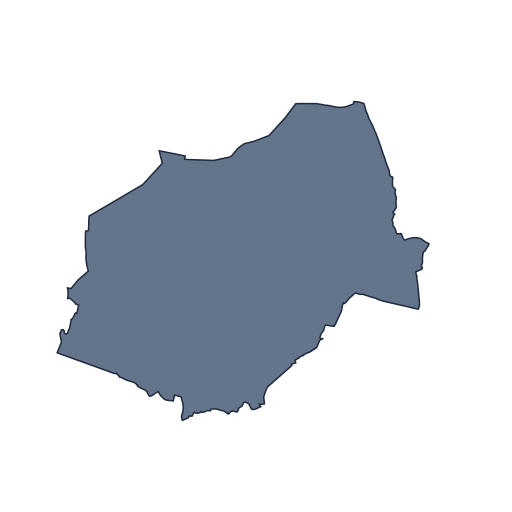 Sapphaya, Chai Nat, Thailand, rotated 289°
{"feature_id": "78962969B57770947463323", "entity_name": "Sapphaya", "entity_type": "district", "adm_level": 2, "iso_a3": "THA", "parent_name": "Thailand", "parent_adm1": "Chai Nat", "projection": "mercator", "projection_center": [100.242, 15.145], "detail": "fine", "context": "isolated", "style": "filled", "palette": "slate", "viewbox_px": 512, "rotation_deg": 289, "n_neighbors": 0, "source": "geoboundaries", "source_scale": "gbopen_adm2", "svg_char_len": 5942}
<svg xmlns="http://www.w3.org/2000/svg" viewBox="0 0 512 512"><g transform="rotate(289 256 256)"><path d="M435.4,308.2L435.2,304.5L434.9,302.1L434.7,301.2L433.8,298.3L433.7,298.1L431.9,298.6L431.5,298.5L431.2,298.4L431.1,298.2L429.8,296.6L427.4,293.7L426.5,292.4L425.6,291.0L424.8,289.4L423.9,287.0L423.2,284.7L422.9,283.2L421.7,274.0L421.5,273.9L421.3,273.7L420.5,267.8L420.0,265.1L419.8,263.8L419.2,261.9L414.3,247.5L412.9,244.0L396.5,238.7L377.4,230.5L374.1,229.0L363.4,216.3L358.5,208.5L355.0,205.9L352.3,204.0L343.2,200.5L341.0,198.9L332.9,185.4L332.3,184.0L331.4,180.9L324.6,158.8L324.2,157.0L327.5,156.6L324.0,130.2L313.1,137.2L286.7,125.7L239.4,85.2L236.8,85.9L225.6,89.3L225.2,89.1L224.9,88.6L224.4,87.2L224.2,86.9L223.8,86.8L218.6,88.4L215.3,89.6L210.0,91.3L207.6,92.3L205.9,93.3L204.1,94.2L200.0,95.4L197.2,96.5L191.9,99.2L187.1,102.3L175.8,95.8L173.8,95.0L169.2,93.2L166.3,92.2L165.1,91.9L164.9,91.4L164.8,90.7L164.5,88.1L164.4,88.0L163.9,88.5L163.4,88.9L160.1,90.2L157.1,91.2L154.5,91.7L155.2,93.4L155.4,94.1L155.0,95.1L153.2,99.1L152.2,101.3L151.9,101.2L151.8,104.3L148.4,104.7L144.7,105.2L143.7,105.3L143.5,105.2L143.3,105.0L143.3,103.8L141.4,103.5L140.2,103.4L138.8,103.2L137.6,102.9L136.6,102.5L136.1,102.2L135.5,101.8L135.3,102.1L127.1,103.2L125.9,103.1L124.7,102.8L123.8,103.0L123.3,103.0L122.6,103.0L120.8,102.6L120.4,101.1L120.5,100.5L120.7,100.1L121.1,99.8L123.1,98.7L123.3,98.4L123.4,98.1L123.5,97.7L123.3,96.7L122.9,96.0L121.1,96.2L120.2,96.0L119.4,95.7L119.0,95.8L116.4,97.1L111.4,100.1L99.8,99.5L99.7,99.8L98.8,160.0L98.9,160.8L99.3,162.0L99.7,162.9L98.7,163.6L98.6,164.1L98.5,164.4L97.1,166.6L97.0,166.8L97.1,167.1L97.3,167.4L96.9,171.3L96.6,172.9L96.5,173.8L96.7,177.8L96.6,178.8L96.8,180.6L96.7,181.4L96.5,182.9L95.9,184.6L95.6,185.2L95.3,186.0L95.2,186.0L94.9,185.9L94.6,186.0L93.8,188.4L93.7,189.8L93.2,193.2L93.3,194.0L93.0,194.8L92.4,196.9L91.9,197.5L90.9,198.1L90.1,199.0L89.8,199.6L89.1,200.4L88.7,201.0L89.6,202.4L90.2,203.1L91.0,203.6L91.8,204.5L93.5,205.3L95.0,206.9L95.9,207.8L94.8,208.9L93.6,210.4L92.9,211.4L91.0,215.3L90.8,216.2L90.6,217.1L90.5,217.7L90.6,218.3L91.3,221.8L92.1,225.0L98.0,224.3L98.4,231.1L95.3,233.0L93.8,234.2L92.0,235.3L89.4,236.4L87.6,236.9L85.4,237.4L82.9,237.6L80.1,237.7L76.6,239.8L76.9,240.4L78.1,241.6L79.9,243.4L80.6,244.4L81.0,244.6L81.9,244.7L82.8,244.9L83.1,245.1L83.3,246.2L83.6,247.3L83.8,247.7L88.2,248.5L87.9,250.5L88.0,251.3L89.6,254.0L90.1,254.4L90.8,254.7L90.7,255.4L90.7,255.7L91.0,256.6L91.6,257.7L91.8,258.1L92.0,258.3L92.9,259.1L93.8,259.9L93.9,260.1L94.8,263.3L95.1,263.4L96.3,263.1L96.5,263.2L97.3,265.0L98.6,268.7L98.6,269.0L98.5,273.2L99.1,276.0L99.0,276.4L97.6,280.8L97.5,281.1L98.4,281.3L98.4,281.9L99.1,282.0L100.0,282.4L100.6,282.8L101.1,283.4L101.8,284.5L102.1,285.4L102.2,288.3L102.3,288.6L102.4,288.9L102.7,289.1L103.3,289.2L104.2,289.3L105.9,289.3L106.6,289.4L107.3,289.8L109.2,291.4L109.5,291.6L110.0,291.7L112.5,292.0L113.2,292.1L113.8,292.4L114.2,292.9L114.4,293.4L114.4,294.0L114.0,296.3L113.8,297.2L113.4,297.8L112.2,299.1L109.9,301.2L109.8,301.6L109.8,302.5L109.9,303.5L110.1,303.9L110.7,304.8L112.3,306.7L114.8,309.2L115.0,309.5L115.3,308.7L117.0,307.4L117.0,308.4L117.0,308.7L118.2,310.6L118.6,311.6L118.9,312.1L120.9,311.3L124.7,309.4L125.6,309.2L127.8,309.1L133.4,309.2L134.6,309.3L136.7,309.9L139.2,311.4L164.0,325.5L165.4,324.9L167.9,328.4L170.1,326.7L173.4,329.7L173.8,329.3L177.8,333.4L178.1,333.1L182.1,337.2L182.0,337.4L184.2,339.5L184.5,339.2L186.6,341.3L186.9,341.0L189.0,343.1L197.0,343.7L199.5,346.0L199.6,345.7L198.9,344.5L199.7,342.8L204.3,343.1L204.8,343.2L207.0,344.0L207.7,344.2L210.3,343.9L211.5,343.9L212.7,344.1L213.2,344.2L213.4,344.4L213.6,344.9L214.4,350.6L214.8,352.1L215.1,352.8L217.6,353.3L218.4,353.4L219.9,353.5L231.4,354.7L237.7,353.8L238.3,353.8L240.0,353.8L239.6,354.5L239.7,354.8L240.2,355.3L241.0,355.8L243.3,356.8L244.1,357.0L246.1,357.9L249.1,359.5L252.9,361.6L253.3,362.0L253.5,362.2L253.5,362.7L253.5,365.7L253.9,367.7L254.6,369.4L254.6,369.8L254.7,377.7L255.0,383.2L255.0,384.7L254.7,384.7L254.7,390.4L258.5,426.8L262.9,426.6L267.3,424.8L282.2,418.0L286.7,415.6L287.7,415.0L288.0,414.9L288.7,415.0L289.0,415.0L289.2,414.8L290.1,413.9L290.4,413.7L292.9,412.4L293.0,412.3L293.3,412.4L295.2,414.7L296.4,416.0L297.1,416.7L297.5,417.0L297.8,417.1L298.2,417.2L298.9,417.1L299.3,416.9L299.5,416.7L299.9,415.9L300.4,415.6L301.1,415.6L302.8,415.7L303.5,415.7L304.4,415.4L308.1,414.1L310.5,413.5L314.3,412.9L314.5,413.0L315.0,413.7L315.5,414.0L315.9,414.2L316.4,414.3L318.0,414.6L321.4,415.5L323.9,415.6L324.2,413.5L324.5,411.5L325.6,407.8L325.9,406.8L326.0,405.8L326.0,404.8L325.7,402.5L325.5,401.5L325.1,400.1L324.1,398.0L323.4,396.7L321.5,393.9L319.3,391.2L320.8,389.2L322.0,388.1L322.6,387.6L323.9,386.7L324.2,386.5L324.3,386.3L324.4,386.0L324.4,385.6L323.7,384.7L323.4,383.3L323.0,382.3L323.0,382.0L323.1,381.7L323.4,381.1L324.0,380.7L325.1,380.3L326.3,379.1L327.2,378.5L327.8,378.0L328.1,377.7L329.2,375.8L329.4,375.6L329.8,375.3L330.5,375.0L331.6,374.8L332.2,374.5L332.8,374.1L333.4,373.6L334.1,373.1L334.7,372.9L335.0,372.8L337.2,373.2L339.4,373.0L339.6,373.0L340.5,373.5L340.8,373.5L340.9,373.4L341.1,372.6L341.2,372.2L341.5,371.7L341.8,371.4L342.2,371.2L342.7,371.4L344.3,372.2L344.7,372.3L345.9,372.5L346.7,372.8L348.3,372.6L348.9,372.4L350.9,371.3L357.4,369.5L357.8,369.2L358.7,368.0L359.0,367.8L360.0,367.7L360.4,367.5L360.6,367.4L360.9,366.9L361.2,366.8L363.6,366.3L364.0,366.1L364.2,366.3L364.3,366.3L365.6,363.7L366.2,362.5L366.3,362.3L367.9,361.9L369.9,361.1L371.6,360.6L373.4,360.1L375.0,359.6L375.1,359.4L375.0,358.2L375.0,357.7L375.5,357.0L376.4,356.0L377.0,355.6L379.0,354.7L380.2,354.0L382.7,352.0L383.5,351.1L384.7,350.2L386.6,348.6L388.7,347.1L390.1,346.1L393.6,343.2L398.0,339.9L405.1,334.3L405.9,333.6L411.4,329.2L411.9,328.7L412.4,328.0L414.1,326.6L417.0,324.0L422.7,318.1L426.3,315.2L429.8,312.2L433.7,309.6L435.4,308.2Z" fill="#64748b" stroke="#1e293b" stroke-width="1.5"/></g></svg>